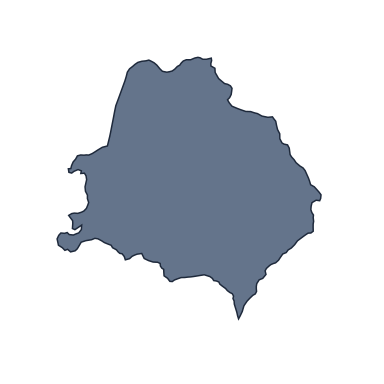 outline of Araras, São Paulo, Brazil, rotated 215°
{"feature_id": "56859067B145693711975", "entity_name": "Araras", "entity_type": "district", "adm_level": 2, "iso_a3": "BRA", "parent_name": "Brazil", "parent_adm1": "São Paulo", "projection": "mercator", "projection_center": [-47.322, -22.335], "detail": "fine", "context": "isolated", "style": "filled", "palette": "slate", "viewbox_px": 384, "rotation_deg": 215, "n_neighbors": 0, "source": "geoboundaries", "source_scale": "gbopen_adm2", "svg_char_len": 3203}
<svg xmlns="http://www.w3.org/2000/svg" viewBox="0 0 384 384"><g transform="rotate(215 192 192)"><path d="M275.9,83.2L276.3,80.1L275.6,76.2L273.0,73.8L270.9,71.8L266.2,72.0L262.7,71.3L261.0,73.7L257.1,73.3L254.0,76.8L253.4,79.6L253.6,82.7L254.0,87.3L251.1,91.2L246.9,95.3L245.0,98.3L242.2,99.7L237.9,100.2L234.8,100.3L230.8,101.2L227.7,102.0L225.1,100.8L220.7,101.3L218.4,100.6L216.0,100.3L213.8,101.3L210.5,100.3L207.7,98.2L204.9,101.6L204.2,104.9L203.0,107.1L201.4,109.5L197.9,112.8L193.0,110.1L188.2,110.9L183.7,112.3L179.9,114.7L177.1,115.2L175.5,113.3L173.1,112.3L170.8,112.4L169.3,110.4L166.8,107.3L162.5,107.3L158.9,106.1L156.8,107.3L155.9,109.9L153.9,112.8L151.9,115.6L148.8,117.9L146.5,120.0L144.5,121.6L142.2,123.7L134.5,131.2L128.8,133.0L125.7,132.9L123.4,131.9L121.0,133.1L118.4,133.7L116.4,132.5L113.6,132.3L109.1,132.2L106.5,131.5L103.4,131.4L100.7,131.8L98.3,130.6L97.3,128.2L95.0,126.9L93.0,124.4L90.3,122.3L86.3,119.2L83.6,116.7L81.1,114.8L81.5,118.3L82.3,123.0L83.3,125.9L84.2,128.6L84.3,134.1L83.7,138.2L82.9,142.3L81.7,144.8L82.1,147.6L83.8,149.6L85.2,151.6L86.4,154.1L86.6,158.6L84.5,161.8L84.1,166.9L86.9,169.4L87.2,172.1L86.5,175.3L85.8,177.7L84.4,180.0L82.9,181.9L82.0,185.7L82.1,189.3L82.1,193.3L80.1,196.4L80.0,199.7L78.5,203.1L77.7,207.7L77.6,212.5L75.4,219.2L74.4,222.1L73.3,224.9L71.1,226.6L70.2,229.4L72.7,232.8L74.4,235.3L75.5,237.7L78.0,240.5L79.3,242.8L82.0,243.9L84.5,245.7L86.2,248.6L87.6,252.1L85.6,256.5L82.4,258.1L82.9,260.5L84.7,263.7L88.0,264.8L91.3,265.6L94.8,266.4L99.0,266.0L102.3,268.6L104.6,270.2L107.6,272.0L111.6,274.4L114.8,275.4L118.6,275.2L123.6,275.7L126.9,277.0L130.5,277.8L133.1,278.9L137.5,283.7L140.8,285.4L144.1,284.0L146.4,283.8L150.6,286.0L153.5,290.0L157.7,292.2L160.9,295.0L164.0,298.0L167.0,298.9L169.2,299.7L172.7,296.7L178.3,294.3L183.3,293.8L186.1,292.7L190.1,291.5L194.2,288.8L199.1,287.4L202.5,286.5L208.5,285.2L212.6,286.4L215.8,287.9L215.3,290.9L215.8,294.3L217.3,297.3L218.7,299.9L221.4,301.0L224.5,300.7L227.5,299.5L231.3,299.8L235.3,300.2L237.8,301.4L241.6,303.2L244.2,306.5L248.8,306.1L250.3,308.1L251.3,310.9L253.0,312.7L256.2,309.1L259.3,306.9L262.3,306.6L264.4,305.7L266.6,303.3L269.0,299.5L272.5,297.1L274.3,294.3L274.8,291.5L274.8,288.8L276.0,286.5L276.6,282.7L277.6,279.8L279.3,277.8L281.3,275.7L285.5,273.9L289.0,274.5L293.7,275.8L297.3,276.1L300.7,275.7L303.0,275.3L305.0,273.0L308.1,270.3L310.7,267.1L311.9,263.9L312.6,261.0L313.8,257.1L313.7,253.1L312.0,248.6L310.7,244.6L305.9,226.7L303.9,219.0L301.4,213.2L300.4,211.0L299.0,207.9L292.7,193.7L291.2,190.2L287.7,181.2L291.1,177.2L293.2,172.5L294.6,169.0L295.8,166.2L297.8,163.0L299.8,161.8L301.6,160.2L304.4,158.5L306.6,155.9L306.2,152.2L306.6,148.5L305.8,144.5L304.7,141.7L306.6,140.1L304.1,137.5L301.4,138.5L300.5,141.3L298.2,145.0L294.8,145.9L293.7,143.4L290.9,145.7L288.1,144.5L285.4,141.7L282.6,134.9L279.7,131.5L275.9,129.5L273.9,126.6L270.6,124.1L269.8,121.2L269.1,118.0L269.7,114.3L271.0,112.0L273.3,109.0L276.3,107.2L278.1,105.4L279.6,102.1L277.3,101.3L273.3,100.0L271.6,97.8L269.0,93.5L266.3,94.0L263.4,101.6L261.1,97.8L261.3,93.5L262.7,91.6L264.5,88.7L268.2,86.7L271.0,87.2L272.6,85.1L275.9,83.2Z" fill="#64748b" stroke="#1e293b" stroke-width="1.5"/></g></svg>